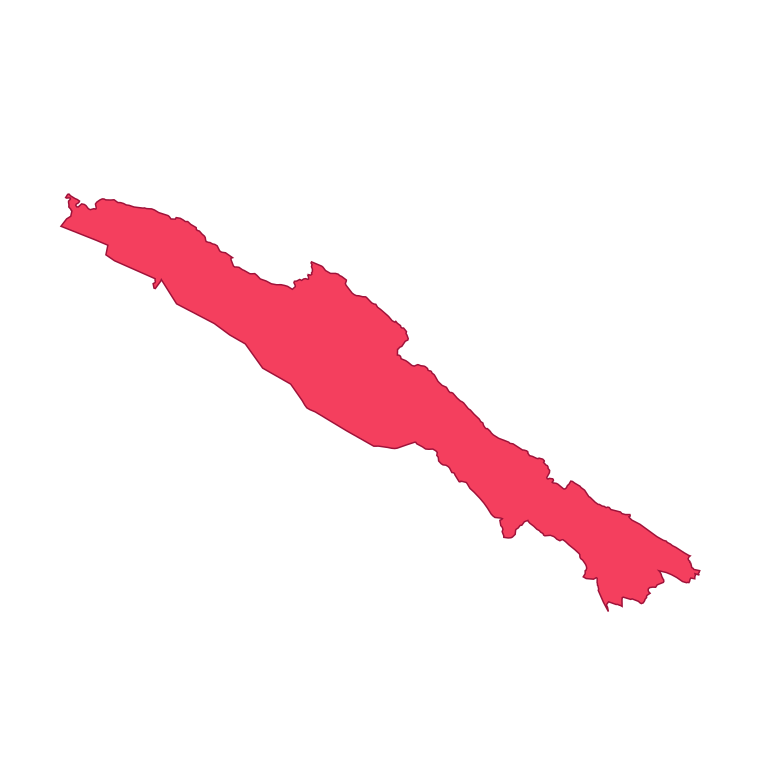 Gangaw, Magway, Myanmar, rotated 305°
{"feature_id": "60261553B4120080326164", "entity_name": "Gangaw", "entity_type": "district", "adm_level": 2, "iso_a3": "MMR", "parent_name": "Myanmar", "parent_adm1": "Magway", "projection": "equal_earth", "projection_center": [94.202, 21.795], "detail": "fine", "context": "isolated", "style": "filled", "palette": "rose", "viewbox_px": 768, "rotation_deg": 305, "n_neighbors": 0, "source": "geoboundaries", "source_scale": "gbopen_adm2", "svg_char_len": 6112}
<svg xmlns="http://www.w3.org/2000/svg" viewBox="0 0 768 768"><g transform="rotate(305 384 384)"><path d="M327.4,275.5L330.4,307.6L323.5,326.5L321.3,331.2L320.2,334.5L320.5,338.1L321.7,343.6L324.2,380.2L327.2,411.3L330.0,415.2L334.2,423.5L335.8,427.2L337.3,429.8L339.0,431.6L347.9,438.0L354.0,442.6L354.5,443.4L353.8,445.1L354.6,451.5L354.6,455.3L356.2,458.1L358.7,461.3L359.0,464.6L358.5,466.9L355.8,468.2L355.1,470.5L352.3,472.9L351.5,476.5L351.6,478.7L353.0,481.3L353.2,483.8L352.8,485.9L350.4,490.3L351.2,491.9L351.1,493.1L350.2,494.3L347.1,501.5L347.4,502.4L348.3,502.6L348.4,503.1L348.8,503.3L350.5,507.7L350.2,509.0L347.8,514.3L347.1,519.6L345.5,527.6L343.8,534.1L341.8,539.7L338.9,546.5L338.4,549.0L338.3,551.4L341.0,556.3L341.6,558.2L340.6,558.1L338.8,557.1L335.0,560.9L334.4,563.2L333.1,564.8L330.8,565.5L328.4,569.1L327.1,570.1L329.1,574.0L330.9,576.2L332.3,577.0L336.1,577.7L339.9,575.6L340.9,575.6L343.0,576.5L346.2,576.6L347.4,577.9L351.7,578.0L354.8,580.1L354.2,580.9L353.6,583.3L353.4,588.3L352.7,592.5L353.0,595.3L352.5,597.4L352.7,600.0L351.8,601.4L351.9,602.8L355.5,607.1L356.4,610.5L356.4,612.1L356.0,614.6L356.5,618.0L358.1,618.8L359.1,619.8L359.0,623.0L358.3,627.6L357.8,635.0L357.0,641.0L356.6,642.2L354.6,643.8L353.8,645.2L353.7,647.7L352.1,652.0L351.1,653.9L349.4,655.7L347.2,656.3L346.4,655.9L344.0,657.6L340.3,657.8L340.6,661.2L344.3,667.6L347.1,669.0L347.1,670.1L343.4,672.6L343.2,673.1L341.6,674.3L341.5,674.9L339.2,677.4L337.8,677.9L331.1,688.9L326.3,698.3L329.3,695.2L330.4,693.3L331.2,692.8L334.4,692.9L336.5,700.5L337.5,701.9L337.8,703.8L338.2,704.4L338.4,706.6L343.9,702.6L345.7,701.7L346.6,702.2L349.1,709.7L350.3,710.5L351.9,717.1L351.6,719.1L351.7,720.7L353.4,721.9L356.1,721.8L357.2,721.3L359.7,721.6L360.6,720.8L361.8,720.7L365.2,722.0L365.6,720.0L366.2,719.0L367.5,718.1L369.5,718.3L371.8,720.7L373.3,723.1L376.2,723.0L381.7,726.6L382.7,726.5L384.0,725.4L384.7,723.4L385.1,723.2L385.6,722.0L387.1,720.2L388.4,717.7L388.7,716.3L391.5,723.4L392.7,728.7L393.4,734.8L393.4,741.8L394.7,745.7L395.6,746.5L396.2,747.7L397.7,747.5L399.5,746.7L401.0,746.6L402.7,750.3L404.7,749.0L405.9,748.9L407.0,747.6L408.3,751.9L408.6,750.3L410.4,750.2L412.2,749.7L409.8,744.1L410.3,742.9L410.2,741.4L413.2,738.0L413.2,736.9L414.1,736.4L414.4,734.6L415.3,733.3L417.4,733.0L418.8,733.4L418.4,731.9L417.9,726.5L417.6,716.8L417.0,712.9L417.2,710.6L416.7,706.9L417.2,705.4L416.2,702.5L415.5,695.3L415.9,674.2L414.7,665.2L415.2,661.9L415.7,660.8L416.6,661.4L417.6,661.0L418.1,660.3L415.5,656.6L414.3,653.2L414.8,651.1L411.3,641.9L412.0,639.3L411.5,637.9L410.1,636.8L410.1,634.6L409.2,632.9L408.9,629.5L408.2,628.4L408.3,624.5L409.4,617.9L409.2,616.4L412.1,609.2L412.2,604.7L412.7,603.3L412.2,597.1L412.3,594.3L411.6,592.7L408.0,593.0L406.1,592.5L403.7,592.9L402.2,592.6L401.6,592.1L401.1,591.2L401.7,583.8L401.4,582.0L400.0,579.3L399.9,578.2L400.6,578.0L401.9,578.3L402.8,577.5L403.1,576.6L401.5,573.5L400.4,573.0L400.0,572.1L400.7,571.0L406.2,570.4L408.2,569.3L409.0,566.8L410.1,566.0L410.8,564.6L410.5,563.3L411.3,559.7L412.8,559.6L413.1,559.2L413.5,557.1L412.2,553.5L411.2,553.0L410.6,551.6L409.9,547.3L408.8,544.3L409.9,541.4L410.8,541.0L411.1,539.3L410.1,536.4L409.4,535.5L409.0,524.1L407.6,521.1L407.9,519.5L405.3,509.0L405.0,502.7L405.4,500.1L406.2,498.0L406.4,496.3L406.6,496.1L406.7,494.1L406.0,493.4L406.1,491.9L407.2,489.3L408.8,487.3L408.7,484.8L409.9,482.1L410.9,475.2L412.2,469.7L412.1,467.3L414.2,460.0L414.2,457.7L413.9,456.6L414.0,455.4L414.5,451.6L416.0,445.7L415.7,444.1L414.9,443.1L415.2,441.2L417.1,437.0L416.2,432.4L416.8,428.4L417.2,426.5L419.7,421.4L420.4,419.7L420.5,417.1L421.4,415.6L421.4,414.7L420.8,413.6L420.6,412.0L421.7,410.7L421.9,407.9L421.6,406.5L420.1,403.7L419.5,401.1L419.1,400.4L416.0,398.5L415.2,396.2L415.6,391.3L415.6,388.5L414.5,383.4L415.6,382.4L416.2,381.4L416.2,379.7L415.4,378.4L420.2,375.2L421.1,375.7L422.9,375.7L425.1,377.0L431.2,376.9L433.7,378.3L435.1,377.8L437.4,374.5L437.9,373.1L439.8,372.4L441.1,367.9L440.3,366.8L440.1,365.6L441.3,364.0L441.4,360.1L442.1,357.7L440.9,357.5L440.5,354.3L442.0,348.9L443.1,338.8L443.2,334.6L444.6,331.6L443.8,329.9L443.4,327.4L444.9,319.9L444.8,318.8L443.3,316.6L441.9,312.9L440.5,310.6L440.1,308.3L440.2,305.7L443.2,296.1L444.2,294.7L446.9,294.0L447.6,293.5L447.8,287.6L447.4,285.6L447.7,283.5L446.8,280.9L443.9,276.7L443.4,271.0L444.7,267.0L444.8,265.3L442.5,254.6L441.3,254.8L440.5,256.6L438.5,257.3L437.0,259.5L434.9,260.9L433.4,260.9L432.6,261.9L431.1,261.5L430.5,260.0L430.4,260.3L429.4,259.2L428.2,260.9L426.7,262.0L425.9,261.3L425.4,259.4L423.9,257.9L421.6,257.1L421.3,255.0L418.2,253.4L416.8,251.7L415.3,252.1L414.0,254.5L412.9,255.5L409.0,254.6L408.7,249.0L407.7,246.0L406.3,242.7L403.7,239.1L401.5,234.3L400.8,228.5L399.1,222.4L400.1,217.6L400.3,214.8L398.3,212.3L397.4,210.8L396.8,204.2L396.4,202.6L396.4,198.3L395.2,196.0L394.2,194.6L394.3,193.0L398.0,187.5L399.3,186.5L400.6,187.5L400.6,178.9L398.8,175.3L398.8,173.0L401.5,168.1L401.3,165.3L400.4,163.2L400.1,160.3L399.3,158.9L398.7,156.6L399.6,155.3L401.4,153.6L402.1,152.2L402.5,148.6L403.4,145.1L402.8,143.2L402.9,141.7L404.4,140.4L403.9,134.1L404.5,130.1L403.1,128.0L403.2,125.5L402.9,122.1L401.1,118.3L399.4,118.5L397.0,114.9L398.0,112.0L398.1,110.5L395.2,101.1L394.9,96.2L394.2,93.3L391.5,88.9L390.8,86.7L389.9,85.8L385.6,77.7L384.2,72.8L382.8,70.1L382.5,67.2L381.5,64.2L380.0,61.9L380.1,57.2L378.0,54.7L375.2,50.4L375.0,48.6L374.0,47.0L371.8,45.7L368.2,44.4L365.9,44.4L363.5,47.0L362.5,47.6L361.9,47.5L361.2,45.8L358.3,43.4L358.0,41.3L359.2,37.5L359.2,35.6L358.1,33.0L353.7,32.0L352.9,30.7L353.5,29.1L354.9,28.7L356.5,29.6L358.2,29.9L359.2,29.7L359.2,26.9L358.7,24.6L358.4,19.3L358.9,17.0L357.9,16.1L354.1,16.3L354.3,17.5L355.8,19.2L356.3,20.5L355.5,21.1L352.9,20.7L351.6,21.6L350.0,23.2L348.2,24.3L347.5,27.3L347.0,27.8L346.7,29.1L341.7,31.2L337.2,29.3L327.9,28.9L336.7,66.0L339.3,78.2L330.3,82.1L330.4,92.6L339.0,136.2L337.8,136.8L337.0,137.8L335.7,138.3L333.8,137.3L330.6,140.6L331.0,141.9L339.9,142.1L341.8,141.7L330.7,168.1L336.2,210.3L335.7,229.6L337.3,247.4L327.4,275.5Z" fill="#f43f5e" stroke="#9f1239" stroke-width="1.5"/></g></svg>